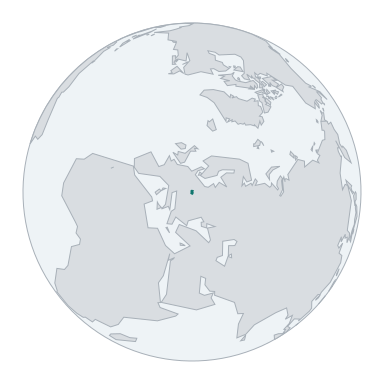 globe centered on Moravskoslezský, rotated 54°
{"feature_id": "CZE-1612", "entity_name": "Moravskoslezský", "entity_type": "Region", "adm_level": 1, "iso_a3": "CZE", "parent_name": "Czechia", "parent_adm1": "", "projection": "orthographic", "projection_center": [17.887, 49.846], "detail": "fine", "context": "on_globe", "style": "filled", "palette": "teal", "viewbox_px": 384, "rotation_deg": 54, "n_neighbors": 0, "source": "natural_earth", "source_scale": "10m", "svg_char_len": 11182}
<svg xmlns="http://www.w3.org/2000/svg" viewBox="0 0 384 384"><g transform="rotate(54 192 192)"><circle cx="192" cy="192" r="169" fill="#eef3f6" stroke="#a8b0b8"/><path d="M32.2,137.1L33.5,133.6L35.2,129.2L40.0,118.3L45.5,107.8L51.8,97.7L58.8,88.0L66.5,78.9L74.7,70.4L86.4,60.2L79.8,65.7L84.8,61.4L92.2,55.8L99.9,50.5L113.2,43.6L123.5,42.4L118.8,44.4L121.8,44.2L128.0,41.9L131.3,40.5L150.1,39.3L170.7,36.1L176.4,33.3L175.8,35.6L185.9,29.6L196.6,28.3L185.1,31.0L184.3,32.3L191.8,31.8L192.6,33.1L196.7,33.7L197.0,35.4L190.3,37.2L190.3,38.4L195.6,38.1L199.3,39.8L191.5,40.1L197.1,43.3L186.8,47.7L165.7,48.4L160.5,53.5L139.9,61.7L142.3,62.9L136.0,67.2L136.3,70.2L132.4,71.2L136.1,72.9L139.6,71.4L142.4,71.7L142.9,73.5L138.0,75.0L137.0,74.3L135.9,75.6L133.2,75.7L134.8,76.7L128.8,78.4L135.5,79.4L131.3,83.1L127.1,83.5L126.7,79.9L115.9,73.1L111.5,73.1L105.8,76.3L97.0,89.6L92.5,91.2L87.1,96.1L89.9,96.6L95.2,93.1L99.1,95.6L105.0,91.3L107.5,91.9L113.9,89.3L113.9,93.6L110.3,99.4L105.0,101.9L103.3,104.7L109.1,105.7L99.9,114.1L95.0,126.4L92.6,128.4L86.3,125.5L84.4,116.5L76.4,114.1L82.5,119.8L76.2,125.2L75.5,128.0L76.4,130.3L79.1,130.0L77.2,132.9L70.4,127.9L72.1,125.2L74.2,126.7L73.3,122.7L68.7,120.0L65.8,123.2L61.9,116.8L59.8,119.1L57.7,119.2L61.3,115.8L54.8,122.0L49.7,117.5L40.7,128.8L48.6,115.1L50.8,109.4L52.7,103.7L51.1,105.4L55.7,96.5L56.3,93.0L51.4,98.5L45.7,107.5L41.1,116.4L42.1,115.4L40.2,121.0L36.4,126.2L32.2,138.9L29.6,145.3L27.7,152.6L26.8,157.3L25.5,165.1L26.4,164.9L27.0,169.3L25.2,175.7L27.0,173.8L26.3,180.7L28.6,194.3L28.0,194.7L29.7,213.8L34.5,229.7L35.6,237.3L34.7,238.7L37.0,243.9L37.1,245.9L49.1,266.1L57.5,279.5L58.7,285.8L54.7,285.9L57.9,294.7L56.5,292.9L49.2,282.4L42.8,271.3L37.2,259.8L32.6,247.9L28.8,235.7L26.0,223.2L24.1,210.6L23.1,197.8L23.2,185.1L24.2,172.3L25.8,162.7L26.5,158.6L26.3,158.8L32.2,137.1ZM38.3,131.7L33.6,149.9L33.9,143.1L34.2,143.5L35.9,138.1L38.3,130.0L39.2,124.7L38.3,131.7ZM41.6,131.8L42.3,129.1L42.0,131.3L41.6,131.8ZM132.6,39.7L128.0,41.7L122.2,43.5L125.9,41.6L132.6,39.7ZM143.9,37.3L141.9,38.4L138.7,38.0L140.8,37.5L143.9,37.3ZM180.2,31.3L176.3,31.9L179.8,30.9L180.2,31.3ZM197.2,33.5L198.1,33.0L199.8,33.6L197.2,33.5ZM113.5,87.1L113.7,88.1L112.4,88.1L113.5,87.1ZM116.2,85.0L114.5,84.2L115.5,83.1L116.5,83.6L116.2,85.0ZM201.9,36.8L204.5,38.0L200.7,37.0L201.9,36.8ZM117.9,86.4L117.5,81.3L119.3,79.5L124.6,80.0L117.9,86.4ZM205.2,38.9L211.5,42.3L213.9,41.3L210.6,46.2L206.4,41.6L201.3,40.4L204.7,40.1L205.2,38.9ZM140.5,70.2L136.8,71.8L139.4,68.9L140.5,70.2ZM141.5,68.3L145.5,59.5L151.2,58.2L148.7,61.3L155.7,58.6L156.6,62.3L152.9,64.6L149.0,64.6L152.3,66.1L141.5,68.3ZM207.8,48.5L208.3,49.7L206.5,48.9L207.8,48.5ZM143.7,71.7L144.0,69.9L149.0,68.6L149.3,72.0L147.6,71.3L143.7,71.7ZM157.2,56.2L161.0,56.0L162.7,58.9L164.3,59.3L157.1,62.3L157.2,56.2ZM146.7,72.5L149.3,73.8L147.4,76.0L143.7,73.3L146.7,72.5ZM150.1,66.9L152.5,66.6L151.3,67.8L150.1,66.9ZM142.2,85.2L142.5,82.8L145.1,81.9L142.2,85.2ZM150.4,74.1L151.0,73.3L152.1,72.8L153.4,74.1L150.4,74.1ZM158.8,64.2L158.7,65.6L161.8,63.1L163.2,65.4L158.1,67.1L160.9,67.3L161.4,68.0L156.7,68.6L158.8,64.2ZM157.9,73.8L151.9,77.0L150.8,81.4L148.4,82.3L150.6,75.1L157.9,73.8ZM157.6,70.7L157.2,72.8L154.5,72.7L153.0,71.2L157.6,70.7ZM166.0,66.3L165.2,62.4L166.3,62.2L166.0,66.3ZM158.1,75.1L159.6,74.3L158.4,75.4L158.1,75.1ZM164.2,69.0L163.8,67.6L165.1,67.4L164.2,69.0ZM162.8,74.0L160.9,75.0L159.8,73.9L162.8,74.0ZM163.9,71.7L165.8,71.8L160.6,72.9L163.5,71.1L163.9,71.7ZM165.5,69.0L166.2,68.4L165.5,69.6L165.5,69.0ZM167.9,77.5L161.6,79.3L159.3,76.9L165.7,75.5L167.9,77.5ZM109.2,290.5L97.1,266.0L102.1,259.9L102.4,249.7L136.6,224.2L144.6,228.4L172.4,227.5L176.0,229.1L173.6,237.8L195.1,248.6L201.1,241.2L219.7,244.9L231.7,242.4L234.5,225.3L215.0,229.0L210.8,221.4L225.8,211.5L242.8,208.3L241.7,205.3L230.3,200.7L233.5,193.7L226.3,198.6L229.7,201.3L225.3,204.6L221.9,202.4L223.1,199.9L217.8,199.4L213.1,212.0L216.1,216.1L202.7,219.8L206.3,227.1L202.9,230.9L195.4,220.1L195.6,215.8L182.2,203.8L180.8,208.5L193.3,220.4L189.7,219.6L187.8,226.7L186.4,220.7L173.1,207.0L160.5,208.8L145.6,224.2L138.0,224.1L131.1,218.9L135.4,201.6L151.9,203.9L153.6,198.4L149.3,188.9L154.7,190.6L155.0,187.3L161.1,187.7L168.9,180.4L175.0,180.0L177.1,169.7L180.5,168.3L178.3,174.7L180.0,179.2L195.0,178.5L197.7,176.1L197.9,169.6L202.0,170.5L200.2,164.3L208.4,160.9L197.0,160.0L196.8,152.9L201.3,147.0L199.2,144.7L191.9,154.3L190.9,158.3L193.3,162.0L188.7,173.5L183.7,175.5L180.8,163.2L173.4,164.8L174.3,155.0L193.3,134.3L201.7,129.8L217.5,136.9L216.1,141.7L209.7,141.4L216.4,148.0L215.5,144.4L218.9,145.3L219.6,139.1L222.1,139.5L218.6,133.1L221.7,132.9L223.9,136.9L227.7,128.1L233.9,126.3L233.6,124.2L231.4,122.4L240.7,121.5L240.1,120.0L236.8,119.7L233.3,116.6L230.9,111.0L234.2,110.9L235.6,113.0L243.4,117.4L246.5,123.2L247.6,122.6L245.7,117.7L236.2,112.2L233.7,108.8L238.5,110.7L236.6,109.7L236.4,108.1L239.4,106.5L234.2,104.2L227.9,87.2L233.1,82.9L238.0,86.2L237.2,75.6L243.0,72.2L240.0,71.9L237.5,67.0L235.6,67.9L234.0,67.4L226.8,56.1L227.7,53.7L221.1,49.2L219.5,49.1L218.5,50.5L210.6,46.2L213.9,41.3L217.3,41.7L217.1,38.7L224.9,40.2L231.2,40.3L239.9,44.2L244.1,44.3L243.5,43.1L248.9,42.6L261.9,46.1L253.9,48.2L234.9,45.6L242.9,46.9L241.8,48.3L245.2,49.8L250.8,50.8L250.9,49.9L263.8,61.1L278.7,68.9L275.8,63.6L278.3,62.2L292.7,68.2L314.3,88.9L317.8,88.7L320.9,91.2L324.1,96.5L319.8,93.0L319.3,95.3L316.3,92.8L320.0,100.7L316.0,97.4L320.9,105.5L323.7,106.1L321.9,100.1L327.9,109.0L331.5,108.1L336.6,113.3L346.3,133.2L349.1,146.2L350.3,148.7L349.0,150.4L350.9,159.4L356.3,163.5L357.4,167.1L358.9,181.8L358.2,179.5L354.8,183.8L356.9,193.7L359.6,192.5L360.6,197.8L359.7,201.3L358.3,197.2L357.1,198.4L355.5,190.5L350.8,183.3L349.8,191.3L348.0,186.7L341.4,183.6L338.9,195.0L336.1,219.6L338.7,232.1L336.4,241.5L326.1,232.0L320.5,221.8L317.4,226.5L306.3,222.5L288.8,234.4L285.8,232.1L282.7,235.9L274.7,236.1L269.9,231.7L265.4,234.4L278.1,245.5L282.9,242.7L286.2,234.1L288.9,238.8L296.4,239.5L290.0,257.7L263.2,281.8L259.8,272.8L235.0,249.9L235.2,246.2L235.1,245.8L234.7,245.2L233.3,251.4L228.8,246.2L242.9,264.4L245.7,272.5L262.9,282.5L261.5,284.6L266.7,285.7L282.5,275.0L282.8,278.1L275.9,295.7L253.2,320.8L255.8,329.5L253.3,337.1L238.2,345.1L238.6,348.9L230.6,351.8L229.4,353.7L222.5,356.4L211.2,359.0L193.2,360.0L192.8,359.1L185.0,356.5L174.4,346.2L179.7,340.7L178.5,335.5L165.3,321.6L168.3,313.8L164.5,309.9L157.0,309.9L152.6,304.9L148.0,304.0L118.5,299.6L109.2,290.5ZM125.8,240.6L125.1,243.7L125.8,240.6ZM261.6,213.0L271.2,209.3L265.3,200.7L268.5,198.6L265.4,196.6L264.9,200.1L256.9,193.9L260.5,188.9L258.5,184.7L255.2,185.8L249.9,196.1L261.3,204.7L259.7,210.0L261.6,213.0ZM28.8,194.6L28.8,197.5L28.3,195.3L28.8,194.6ZM32.6,144.5L32.2,147.4L31.6,149.8L31.7,147.9L32.6,144.5ZM32.4,168.1L32.6,171.9L31.9,169.0L32.4,168.1ZM33.2,152.6L32.2,165.3L31.0,160.6L31.8,152.7L31.9,156.7L33.2,152.6ZM39.3,133.8L38.7,136.0L38.1,136.5L39.3,133.8ZM41.5,133.4L41.5,132.8L42.2,131.1L41.5,133.4ZM76.6,125.5L77.1,126.0L77.4,128.6L76.1,128.1L76.6,125.5ZM85.8,137.3L82.4,141.7L83.9,138.0L81.4,137.8L81.5,130.2L91.3,129.0L86.8,130.8L85.8,137.3ZM84.3,120.1L83.2,124.8L84.1,119.7L84.3,120.1ZM150.5,169.3L152.9,171.9L150.9,175.6L143.2,176.9L145.9,171.5L150.5,169.3ZM156.7,174.8L155.9,162.8L160.6,161.8L158.1,164.3L161.3,164.9L158.1,169.2L163.5,180.4L162.1,184.4L148.6,184.1L153.7,181.8L151.1,179.3L156.7,174.8ZM145.4,136.7L145.1,132.3L155.8,135.7L154.9,139.5L147.1,140.8L143.7,137.1L145.4,136.7ZM127.3,88.7L126.5,87.4L127.8,86.9L129.6,87.6L127.3,88.7ZM142.1,84.1L132.2,94.3L130.8,93.2L126.7,100.9L121.3,101.0L124.2,96.0L117.0,102.1L117.4,97.6L112.9,102.2L119.8,90.9L119.9,87.4L121.8,91.2L126.8,91.0L128.9,89.9L135.1,84.3L137.7,77.0L143.0,76.0L146.0,77.2L146.2,78.8L142.7,78.9L145.5,81.0L140.6,82.4L142.1,84.1ZM178.6,96.7L174.5,95.4L179.2,101.2L174.3,102.0L175.1,102.7L171.9,105.1L169.4,109.3L167.1,109.0L167.2,110.8L165.0,112.6L164.3,114.9L159.9,115.4L158.6,118.5L157.2,117.0L156.3,122.1L155.0,118.6L152.1,120.8L154.9,123.0L132.7,121.6L124.4,124.2L118.1,128.5L116.7,122.3L121.7,114.5L129.8,107.2L138.0,105.7L135.8,103.4L139.1,102.0L139.4,104.5L141.0,100.0L143.7,99.6L150.9,94.1L151.4,88.2L154.0,86.2L155.2,88.3L157.0,84.9L161.1,87.6L163.1,86.2L169.1,87.8L170.3,92.9L172.4,91.0L177.1,92.3L178.6,96.7ZM169.5,78.1L172.1,83.6L170.7,86.9L160.8,82.9L158.4,83.8L152.1,81.7L154.3,77.0L155.9,78.0L158.0,77.9L156.5,79.4L159.2,78.2L161.6,79.6L164.3,79.0L164.4,80.9L169.5,78.1ZM179.7,225.9L182.4,226.3L186.5,225.9L185.4,230.5L179.7,225.9ZM170.4,216.7L172.8,216.3L173.3,222.3L170.5,221.9L170.4,216.7ZM173.7,211.1L172.9,215.8L171.7,213.0L173.7,211.1ZM180.4,174.0L182.9,173.2L183.4,174.7L182.2,177.0L180.4,174.0ZM191.5,115.4L189.3,113.8L190.0,112.9L188.1,107.8L191.5,107.0L194.1,109.8L191.5,115.4ZM231.4,229.0L228.2,232.8L226.3,231.7L227.8,230.6L231.4,229.0ZM205.9,232.7L211.9,234.2L205.5,234.0L205.9,232.7ZM194.9,113.6L193.8,111.6L196.2,112.5L194.9,113.6ZM194.0,106.2L196.8,106.7L191.7,106.3L194.0,106.2ZM279.8,325.6L266.8,340.2L259.5,343.1L259.1,341.1L264.5,333.3L273.3,327.9L277.9,322.6L279.8,325.6ZM360.0,210.3L359.7,211.9L356.1,209.6L357.5,205.3L360.5,200.9L360.4,203.4L360.6,202.4L360.0,210.3ZM360.9,186.6L360.8,184.2L360.7,183.1L360.9,186.6ZM339.3,232.6L342.6,236.5L341.0,240.1L339.3,232.6ZM354.6,146.1L357.0,155.5L354.2,145.0L354.6,146.1ZM351.9,137.8L352.7,139.8L352.5,139.6L351.9,137.8ZM351.9,151.9L352.2,155.8L351.4,154.3L350.5,148.5L351.9,151.9ZM340.5,118.0L343.6,122.4L344.8,124.6L343.4,123.4L340.5,118.0ZM222.9,105.8L221.7,113.6L223.2,119.2L227.6,122.0L220.8,121.6L218.6,113.0L222.9,105.8ZM227.0,89.4L223.1,87.3L225.0,86.3L226.2,86.6L227.0,89.4ZM224.4,89.6L219.2,90.8L217.1,88.4L221.7,87.8L224.4,89.6ZM207.1,101.9L206.5,104.2L204.5,103.3L207.1,101.9ZM352.6,139.5L352.4,139.0L352.2,138.4L352.6,139.5ZM350.7,134.1L352.0,138.3L348.2,130.2L347.2,127.1L350.5,134.2L350.5,133.3L350.7,134.1ZM320.7,87.0L318.8,85.7L316.9,82.7L318.7,84.4L320.7,87.0ZM308.7,72.8L315.7,81.6L321.0,89.2L321.1,88.3L325.5,93.0L323.4,92.6L317.0,84.8L313.6,79.7L309.7,76.4L305.1,71.5L300.9,69.2L297.7,66.5L300.6,67.2L308.7,72.8ZM299.1,68.4L290.0,63.5L287.9,59.7L289.4,59.9L294.5,63.6L295.3,65.4L299.1,68.4ZM287.2,61.3L287.9,63.1L275.9,61.7L272.9,60.5L280.8,59.1L281.9,60.8L285.2,61.9L287.2,61.3ZM210.0,49.4L208.5,49.7L209.0,48.7L210.0,49.4ZM233.0,68.0L230.9,67.2L231.6,65.9L233.0,68.0ZM225.3,64.2L226.0,66.2L223.9,64.1L225.3,64.2ZM227.7,70.8L225.6,67.0L229.6,70.7L227.7,70.8Z" fill="#d9dde1" stroke="#a8b0b8" stroke-width="1"/><path d="M191.6,190.6L191.7,190.8L191.7,191.0L191.4,191.1L191.5,191.2L191.7,191.3L191.8,191.5L192.0,191.6L192.3,191.5L192.2,191.5L192.2,191.4L192.3,191.4L192.4,191.5L192.5,191.6L192.7,191.8L192.8,191.8L192.9,191.7L193.0,191.8L193.3,191.8L193.3,192.0L193.4,192.3L193.5,192.4L193.5,192.5L193.8,192.7L193.8,192.9L193.8,193.0L193.7,193.0L193.4,193.0L193.2,193.1L193.1,193.3L192.9,193.4L192.9,193.2L192.7,193.1L192.2,193.0L192.1,192.9L191.9,192.9L191.8,192.7L191.7,192.6L191.6,192.4L191.4,192.4L191.2,192.3L191.0,192.2L190.9,192.2L190.7,192.1L190.6,191.9L190.6,191.7L190.7,191.4L190.7,191.2L190.8,191.1L191.0,191.0L191.1,190.9L191.1,190.7L191.1,190.8L191.3,190.8L191.5,190.8L191.5,190.7L191.6,190.6Z" fill="#14b8a6" stroke="#0f766e" stroke-width="1.5"/></g></svg>